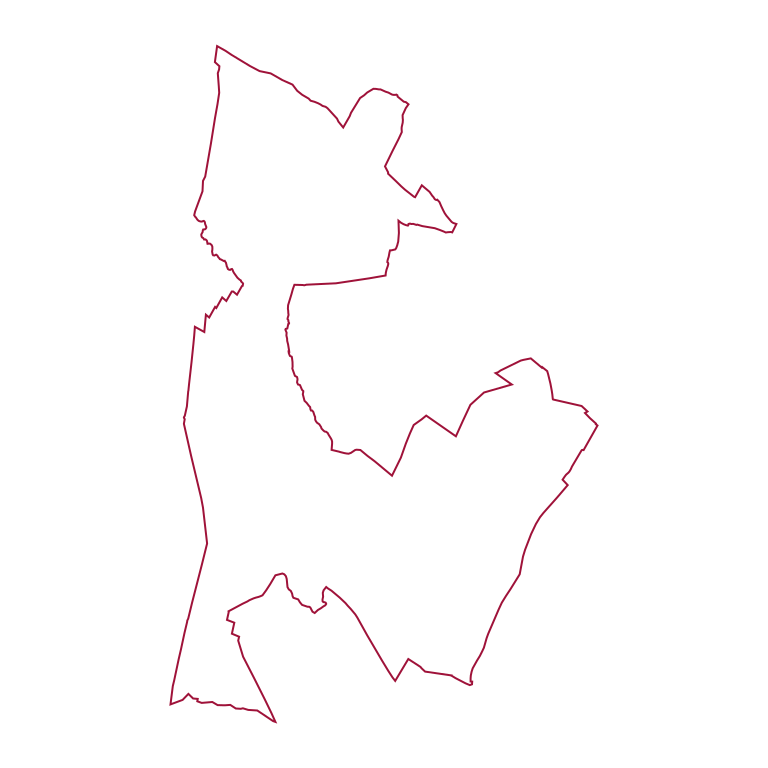 San Jerónimo Tecuanipan, Puebla, Mexico (Equal Earth projection)
{"feature_id": "50627088B48077381885537", "entity_name": "San Jerónimo Tecuanipan", "entity_type": "district", "adm_level": 2, "iso_a3": "MEX", "parent_name": "Mexico", "parent_adm1": "Puebla", "projection": "equal_earth", "projection_center": [-98.397, 19.039], "detail": "fine", "context": "isolated", "style": "outline", "palette": "rose", "viewbox_px": 768, "rotation_deg": 0, "n_neighbors": 0, "source": "geoboundaries", "source_scale": "gbopen_adm2", "svg_char_len": 6095}
<svg xmlns="http://www.w3.org/2000/svg" viewBox="0 0 768 768"><path d="M194.2,215.2L194.7,216.0L195.0,216.6L195.8,217.3L197.3,219.6L198.6,220.8L199.5,221.2L201.2,221.6L202.5,221.4L203.1,221.0L203.8,220.9L204.4,221.4L204.8,222.1L205.2,224.2L206.3,226.9L206.3,227.5L206.1,228.1L205.8,228.6L205.1,229.2L204.6,229.4L203.2,229.5L202.8,230.5L202.6,232.1L201.3,234.4L201.4,235.8L201.7,236.8L202.2,237.5L203.3,238.1L204.1,239.5L205.5,239.4L206.5,240.2L207.0,241.0L207.5,243.8L208.1,243.8L208.6,243.5L210.1,243.7L211.6,245.0L212.3,246.5L212.4,248.1L212.3,250.3L212.1,250.9L212.1,251.7L212.7,254.6L213.2,255.3L214.5,255.5L216.0,254.7L216.3,254.7L217.4,255.6L218.2,257.1L219.4,258.4L219.8,259.1L220.8,259.4L223.8,261.0L224.7,260.8L225.4,262.0L225.9,262.6L226.5,264.9L226.8,266.5L227.5,267.6L227.6,268.3L227.9,269.0L229.0,269.7L230.1,269.9L231.3,269.1L232.0,269.0L232.6,269.9L233.1,271.3L233.9,272.8L237.4,277.7L239.5,279.6L240.9,280.5L241.1,281.5L242.7,283.0L243.1,283.8L242.8,285.0L242.7,285.8L241.9,286.1L237.0,294.7L233.2,291.5L231.8,291.5L226.3,301.0L222.2,297.4L216.3,308.0L215.1,306.9L209.2,317.5L205.9,314.7L204.3,332.0L194.9,326.8L194.2,335.7L193.4,344.1L191.5,362.4L189.1,383.7L188.4,390.6L188.2,391.4L186.9,406.4L184.8,415.8L184.2,416.7L183.9,417.6L184.7,419.2L183.9,423.8L191.1,455.8L201.2,498.1L203.0,507.7L207.1,543.5L201.9,564.5L192.1,602.6L188.2,618.7L187.3,620.5L187.1,622.0L184.5,632.9L181.0,649.2L178.7,659.1L174.2,680.3L172.8,686.1L170.5,704.4L182.6,699.9L188.4,693.9L193.1,698.5L197.7,698.9L197.3,701.3L201.7,702.9L212.3,702.0L217.6,705.1L224.7,705.3L230.3,704.9L235.8,708.5L240.8,708.8L242.9,708.3L248.2,709.9L257.3,710.5L273.1,721.1L275.4,721.9L271.4,713.0L264.7,699.2L254.3,678.5L243.1,656.7L238.2,640.6L239.1,636.7L231.9,633.7L234.3,622.7L227.0,619.9L228.7,612.1L228.5,611.3L242.7,603.7L247.5,601.4L249.4,600.2L253.5,598.4L255.9,597.6L258.6,596.9L260.5,596.2L262.5,595.3L266.1,590.4L270.2,584.1L275.4,575.3L282.4,573.5L284.3,574.3L285.9,576.2L286.7,578.9L287.5,587.1L288.8,589.4L290.8,590.9L292.1,593.6L292.6,596.2L293.4,597.8L298.2,599.4L300.0,602.4L302.1,604.9L307.4,606.7L309.3,606.8L310.3,607.5L312.5,611.7L314.7,613.0L317.9,610.0L320.8,608.3L323.4,606.4L325.3,605.3L326.2,603.9L325.7,602.7L324.5,602.2L323.4,602.1L322.6,601.3L322.5,599.5L323.1,596.7L322.8,592.9L323.6,590.3L326.2,587.0L327.9,588.4L331.5,590.7L339.7,597.6L345.5,603.1L347.7,605.7L350.7,608.9L355.3,614.4L357.4,617.7L367.2,635.3L382.1,660.7L388.3,670.9L392.5,677.4L395.2,680.9L408.3,659.0L420.6,667.0L420.8,667.4L422.0,668.7L425.1,671.6L451.3,675.4L451.2,675.6L451.9,675.9L455.5,678.1L465.5,683.3L469.8,685.1L472.0,684.3L472.2,681.6L470.6,681.5L470.6,678.3L470.8,675.6L471.6,671.7L472.7,668.3L477.0,660.6L479.9,655.9L482.2,651.3L483.9,647.7L486.6,638.2L488.2,633.8L498.6,609.6L501.8,602.7L506.0,595.9L510.5,589.1L519.7,574.3L523.0,556.6L525.1,549.7L531.1,534.1L535.9,524.0L540.0,517.2L543.6,512.7L557.3,497.3L567.7,485.1L562.6,479.7L564.6,476.7L566.1,474.7L568.5,472.6L569.5,471.4L570.8,469.2L572.0,466.5L581.3,450.8L581.8,450.1L582.5,449.9L583.6,450.1L597.5,425.5L595.8,424.2L596.0,423.6L590.0,418.2L585.0,413.0L587.5,411.5L581.6,406.0L553.1,399.5L552.8,399.1L552.3,394.3L551.7,390.4L550.4,383.5L548.1,374.1L547.2,371.1L542.2,367.1L541.9,367.7L530.8,358.4L523.3,359.9L520.7,360.6L500.5,370.5L498.0,372.3L495.6,373.1L511.8,384.5L484.0,392.5L470.4,404.8L462.9,420.8L455.9,436.3L426.2,415.6L421.7,419.3L413.7,425.0L409.9,433.5L405.8,443.7L400.9,457.6L392.0,475.7L374.7,461.3L367.5,455.9L360.4,450.0L356.6,449.7L355.2,450.0L350.9,452.9L348.6,453.7L346.6,453.5L344.4,453.1L340.0,452.0L339.2,451.7L331.6,449.9L332.1,443.7L332.1,441.6L331.7,440.0L331.0,438.6L328.4,434.4L327.8,433.1L326.2,431.8L324.6,431.5L323.4,430.5L321.5,428.5L321.1,427.1L319.3,424.3L317.0,422.7L315.9,421.2L315.2,419.7L315.1,416.9L314.5,415.6L313.3,411.9L312.1,410.5L311.0,410.5L310.5,409.5L310.1,407.0L308.9,405.8L306.7,402.9L304.5,400.8L302.8,394.2L303.2,392.3L303.3,391.1L302.0,389.8L300.0,385.1L299.2,384.8L298.0,384.5L297.1,382.5L297.2,381.0L297.5,379.9L297.4,378.4L297.0,377.0L294.9,375.8L292.3,368.5L292.6,366.8L292.5,362.0L292.0,357.9L291.7,356.7L289.9,355.9L288.8,353.1L288.6,351.6L289.2,351.7L289.1,350.7L288.1,344.5L287.2,340.9L287.1,338.6L286.4,335.5L286.6,332.7L285.4,329.7L285.7,328.9L287.3,328.5L288.3,323.9L289.0,323.6L289.1,323.1L288.4,321.6L288.4,320.7L288.2,319.9L287.5,319.0L287.7,317.9L288.5,315.2L288.5,314.2L288.3,313.3L288.2,310.7L287.9,308.8L288.1,305.2L291.4,294.4L292.9,289.0L294.4,284.8L302.8,285.0L304.2,285.3L306.5,284.7L336.0,283.3L369.4,278.3L385.6,275.5L385.8,272.9L386.5,269.7L387.8,266.0L388.3,263.9L388.1,262.9L387.3,262.1L387.4,261.5L387.6,260.2L388.7,256.7L389.5,252.3L390.0,250.4L391.6,250.3L395.3,249.4L396.2,248.1L397.3,245.1L397.6,243.8L398.2,241.7L398.9,233.0L398.5,220.7L401.1,222.8L403.6,224.2L405.9,225.1L407.9,225.6L408.4,224.9L408.5,224.0L409.4,223.7L410.4,223.7L411.2,224.0L413.3,223.9L416.4,224.9L417.2,224.6L422.3,226.1L434.8,228.2L439.9,230.0L443.9,231.6L445.8,232.5L447.8,232.2L450.9,232.0L452.2,232.4L456.4,224.0L453.3,223.0L451.6,221.9L446.4,215.7L444.7,213.2L443.2,210.3L441.2,206.1L439.5,202.1L437.3,199.7L436.7,200.0L435.8,199.8L434.8,199.2L433.4,197.0L432.2,195.7L429.6,191.9L421.8,185.3L415.1,197.2L413.9,196.7L405.0,189.7L401.2,186.3L396.2,181.4L388.1,173.7L388.1,172.3L385.0,166.4L392.7,150.6L398.4,139.4L401.8,132.1L401.6,128.8L401.7,127.1L402.7,122.7L402.9,119.9L402.7,118.2L402.6,115.1L405.8,108.1L408.5,104.3L405.8,102.1L403.8,101.7L397.6,96.6L397.4,95.3L396.4,94.6L395.2,94.9L393.7,94.9L392.1,94.6L388.4,92.6L385.6,91.7L380.5,89.4L379.0,89.4L375.9,88.9L373.4,88.8L367.2,92.5L364.1,95.3L360.1,98.0L351.0,112.8L349.7,116.2L343.2,127.5L338.4,121.6L337.0,118.6L327.5,108.2L325.6,106.8L322.5,105.9L320.7,104.6L318.0,103.2L314.5,101.8L310.6,100.7L308.7,98.6L302.2,94.8L297.2,90.8L292.5,84.6L282.4,80.1L270.7,73.4L259.6,71.1L250.1,66.1L231.6,54.9L225.5,50.8L217.1,46.1L214.9,62.1L219.4,66.2L219.1,69.4L217.8,73.2L218.8,86.5L219.2,92.8L217.5,104.1L215.0,118.1L210.9,143.7L205.2,176.6L203.0,180.9L202.5,191.3L195.1,211.4L194.2,215.2Z" fill="none" stroke="#9f1239" stroke-width="2"/></svg>